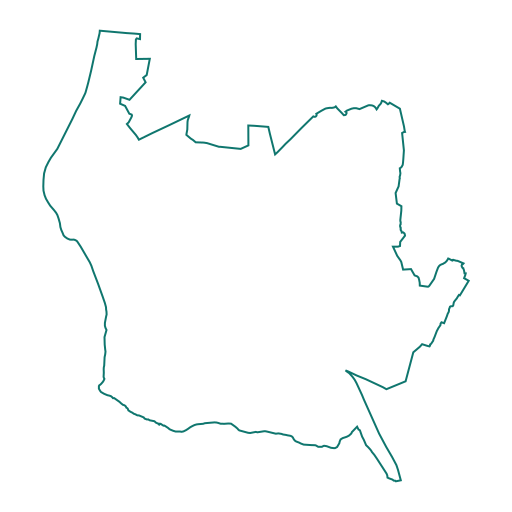 outline of 4e Arrondissement, Analamanga, Madagascar
{"feature_id": "10022922B42847936410668", "entity_name": "4e Arrondissement", "entity_type": "district", "adm_level": 2, "iso_a3": "MDG", "parent_name": "Madagascar", "parent_adm1": "Analamanga", "projection": "orthographic", "projection_center": [47.516, -18.933], "detail": "fine", "context": "isolated", "style": "outline", "palette": "teal", "viewbox_px": 512, "rotation_deg": 0, "n_neighbors": 0, "source": "geoboundaries", "source_scale": "gbopen_adm2", "svg_char_len": 6043}
<svg xmlns="http://www.w3.org/2000/svg" viewBox="0 0 512 512"><path d="M99.8,30.7L99.6,33.1L98.3,38.7L97.5,41.5L97.2,44.2L96.5,47.5L94.3,56.0L91.1,70.8L88.3,82.4L87.4,85.8L85.5,92.6L85.0,93.8L82.6,98.8L80.2,103.6L76.2,110.8L72.3,119.1L57.3,148.9L51.0,157.6L48.5,161.9L45.8,167.3L44.1,173.4L43.5,179.9L43.3,186.4L43.5,190.7L44.6,195.3L46.0,198.8L48.1,202.4L50.2,205.7L54.0,210.1L56.1,212.8L57.4,215.1L58.6,218.6L59.9,223.2L60.4,227.1L61.3,230.0L62.6,232.9L63.6,235.4L64.9,236.8L67.3,238.5L69.9,239.6L71.9,239.7L73.8,239.6L75.1,240.0L76.6,240.8L77.4,241.7L80.7,246.7L86.8,257.2L89.8,262.3L91.4,265.8L93.2,271.1L98.1,283.9L102.8,297.0L104.9,303.1L106.0,307.2L106.1,309.4L106.5,311.8L106.6,314.5L106.1,316.6L104.9,322.9L104.9,325.8L105.5,327.9L106.5,330.0L104.5,337.1L104.7,344.6L105.2,349.5L105.5,351.6L105.2,354.3L104.6,357.2L104.2,365.6L103.8,367.4L103.7,369.2L103.8,372.8L103.6,376.7L103.7,377.3L104.0,378.1L104.4,378.9L103.7,380.5L103.0,381.7L101.2,383.8L100.1,384.8L99.3,385.3L98.9,386.1L98.9,388.7L100.1,390.8L101.0,392.0L104.1,393.8L107.4,395.2L109.2,395.6L110.8,396.1L112.3,397.3L113.0,398.2L114.2,398.1L119.7,402.0L120.8,403.1L122.9,404.8L124.5,405.3L125.8,406.4L126.3,407.6L126.9,407.9L127.7,408.6L128.4,410.4L129.5,411.1L130.5,411.8L132.2,412.6L133.9,413.8L135.7,414.4L136.5,415.0L137.7,415.4L138.9,415.4L143.7,417.4L144.6,418.6L147.0,419.5L148.2,419.4L149.7,420.3L154.3,421.2L155.0,421.7L155.7,422.5L156.9,423.1L158.3,423.6L158.7,424.4L159.3,424.6L159.6,423.9L160.0,424.1L160.6,423.8L163.3,425.6L163.6,425.7L164.1,425.5L165.3,426.1L168.3,428.1L169.5,429.2L171.0,429.9L173.2,430.8L175.5,431.5L179.8,431.5L181.6,431.8L183.5,431.4L186.1,430.1L188.1,428.8L190.3,427.2L192.5,426.0L194.6,425.0L196.7,424.4L198.3,424.2L203.1,423.8L204.9,423.2L214.4,422.4L216.3,422.5L218.1,422.9L220.5,423.7L224.4,423.8L228.5,423.5L230.2,423.6L231.1,423.7L235.3,426.7L237.5,428.6L238.3,429.6L239.3,430.4L248.1,432.8L250.2,433.0L255.8,431.9L257.4,432.3L263.7,431.3L264.9,431.2L266.2,431.4L268.4,431.9L275.8,433.7L278.4,433.4L281.5,433.9L283.1,434.5L285.8,434.9L287.9,435.4L289.3,435.6L290.7,435.9L291.9,436.5L292.9,437.5L293.4,438.6L294.1,439.7L295.1,440.8L296.2,441.5L299.1,442.6L300.8,443.5L303.7,444.6L311.4,445.1L314.6,445.2L315.5,445.3L316.0,445.5L318.2,446.8L321.9,446.8L323.6,445.9L324.3,445.8L326.7,446.2L331.0,447.8L333.6,448.1L335.0,448.1L335.7,447.8L337.1,447.0L339.3,443.3L339.7,441.5L340.6,439.4L342.7,438.1L345.8,437.1L347.1,436.6L349.0,435.6L351.1,433.7L351.4,433.3L351.9,432.1L357.1,426.7L358.5,429.5L359.9,430.3L362.1,436.6L363.8,439.8L366.1,445.2L368.1,447.1L370.2,449.4L371.2,450.7L372.0,452.1L374.2,454.7L376.8,458.5L386.6,473.7L387.3,475.6L387.5,477.6L389.2,478.4L392.5,479.6L393.7,480.6L394.7,480.7L395.1,480.7L395.8,481.3L398.9,480.7L400.8,480.3L398.0,469.9L396.4,465.1L392.1,457.0L386.2,446.9L379.1,433.6L363.9,399.6L362.0,395.0L356.5,383.1L354.7,379.8L352.6,376.9L349.3,373.2L347.1,371.7L345.5,370.4L348.5,371.6L356.7,375.5L365.8,379.2L382.9,387.2L386.4,389.2L405.6,381.3L413.3,352.3L419.9,346.7L422.1,344.2L427.1,345.8L429.5,346.4L430.1,345.5L430.1,344.5L431.1,343.8L433.2,340.7L433.4,339.6L434.6,336.9L436.8,331.1L438.5,327.9L440.4,325.2L440.6,323.6L441.5,322.3L444.1,323.2L446.8,316.4L447.8,313.5L448.5,312.4L448.8,311.5L449.0,310.5L449.0,309.3L449.6,307.9L450.0,306.7L450.7,306.3L452.2,306.2L452.6,306.2L453.2,305.5L453.6,303.5L453.7,302.8L454.0,302.0L454.9,300.7L456.8,298.4L457.9,296.5L459.0,294.9L459.6,295.1L459.9,295.3L460.6,294.2L468.7,280.8L464.1,278.2L465.3,275.0L465.7,273.4L464.5,273.3L464.2,271.3L463.8,269.7L463.5,269.1L463.3,268.2L462.6,268.0L461.8,266.6L461.6,265.6L462.0,264.5L462.8,264.2L463.5,263.4L458.7,261.3L457.4,260.8L456.0,260.7L454.9,260.3L454.2,260.2L453.7,259.9L453.1,259.8L452.7,259.9L452.7,260.4L452.3,260.6L448.8,258.7L448.2,258.5L447.7,259.5L446.6,261.1L445.7,262.0L444.8,262.8L443.8,263.3L443.1,263.8L441.2,264.5L440.1,265.1L439.2,265.9L438.1,267.5L436.5,271.7L434.1,278.9L429.3,285.8L429.1,286.0L428.4,286.6L427.6,286.7L419.8,285.6L419.7,282.7L419.1,279.6L418.5,277.6L417.3,276.4L414.6,275.4L411.0,269.1L403.1,269.6L401.3,262.1L400.5,260.5L397.2,255.8L393.0,246.7L397.8,246.7L400.0,246.0L400.2,241.9L405.0,235.7L404.8,234.8L404.8,234.2L404.4,233.4L403.2,232.4L401.8,232.6L401.7,231.8L401.6,231.3L401.0,230.6L400.8,230.3L400.6,229.2L400.8,229.0L400.6,228.2L400.7,227.8L400.4,227.5L400.3,226.7L400.1,226.3L400.1,225.7L400.3,224.7L400.7,224.1L400.6,223.2L400.7,222.5L400.7,222.1L400.4,221.4L400.3,220.1L401.3,210.7L401.4,206.2L396.9,203.6L395.6,193.0L398.6,186.4L399.6,178.9L399.8,178.5L399.6,176.9L400.1,175.3L400.4,173.2L400.1,171.5L399.8,168.3L400.5,167.9L401.6,166.9L402.7,164.9L403.0,162.8L403.3,159.3L403.9,150.4L402.1,133.0L403.9,132.0L405.0,131.9L404.7,130.9L404.0,126.5L399.9,108.7L389.7,102.7L388.6,103.9L387.9,104.3L386.0,102.7L384.2,101.5L381.9,100.8L381.2,102.9L380.5,104.0L378.8,105.8L377.3,108.5L376.6,109.4L375.7,107.9L374.8,106.9L373.6,106.0L371.9,105.4L369.7,105.2L368.4,105.3L359.5,109.1L356.2,108.2L353.8,108.2L351.5,108.7L346.9,110.6L345.5,111.7L346.3,112.2L346.6,113.0L346.3,113.8L345.9,114.6L345.3,115.0L343.8,115.2L342.0,113.2L337.2,108.3L335.8,106.4L334.9,107.2L333.5,107.6L331.8,107.9L330.0,107.8L328.5,108.0L326.6,108.3L325.4,108.6L321.5,110.7L316.3,113.8L316.6,114.4L316.6,115.0L316.5,115.6L316.2,116.0L315.9,116.4L315.0,116.8L314.5,116.8L314.0,116.7L313.3,116.4L301.3,128.2L290.5,139.2L285.6,143.8L282.3,147.3L277.5,152.2L275.1,154.4L269.9,133.8L268.3,126.9L254.4,125.8L248.3,125.5L248.4,145.4L240.7,148.9L220.2,146.8L219.0,146.8L207.0,143.1L203.8,142.6L195.7,142.3L193.0,140.0L190.8,138.6L186.4,134.9L186.4,134.4L187.3,129.5L187.5,122.0L187.8,120.0L189.1,116.3L189.3,115.5L168.9,125.3L152.5,133.0L138.9,139.7L137.7,137.6L135.9,135.0L130.0,128.0L126.9,124.0L128.7,122.3L131.4,117.3L132.0,115.7L131.7,114.6L129.3,113.7L125.1,105.9L120.1,103.7L120.6,97.2L123.3,97.6L129.5,99.8L145.6,82.3L143.2,77.7L146.7,75.0L149.8,58.8L136.2,59.0L135.7,44.1L135.9,39.5L136.7,38.4L140.0,39.1L140.1,34.1L134.6,33.6L126.8,33.1L99.8,30.7Z" fill="none" stroke="#0f766e" stroke-width="2"/></svg>